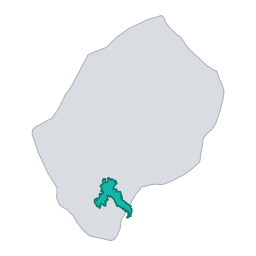 Telle, Quthing, Lesotho shown in context
{"feature_id": "5366337B55047013089331", "entity_name": "Telle", "entity_type": "district", "adm_level": 2, "iso_a3": "LSO", "parent_name": "Lesotho", "parent_adm1": "Quthing", "projection": "equal_earth", "projection_center": [28.078, -30.25], "detail": "fine", "context": "in_parent", "style": "filled", "palette": "teal", "viewbox_px": 256, "rotation_deg": 0, "n_neighbors": 0, "source": "geoboundaries", "source_scale": "gbopen_adm2", "svg_char_len": 6423}
<svg xmlns="http://www.w3.org/2000/svg" viewBox="0 0 256 256"><path d="M170.1,181.8L162.7,184.5L161.7,184.7L156.9,184.1L150.6,184.7L145.7,186.2L141.8,186.8L135.6,194.5L124.2,215.4L121.2,219.7L120.3,227.9L117.7,234.4L114.4,239.4L111.3,240.6L101.8,238.6L89.7,236.0L82.6,229.8L76.3,221.5L73.0,215.5L69.5,212.2L68.3,210.4L63.4,207.6L61.5,206.1L59.8,205.1L57.8,201.1L56.7,197.7L57.1,188.0L53.6,182.2L47.6,172.4L43.8,164.3L38.6,153.3L35.4,143.8L32.1,134.0L32.5,129.8L35.6,126.9L44.8,122.0L51.9,118.2L57.0,111.2L62.6,100.7L65.3,94.5L68.0,91.6L70.9,87.2L76.1,77.4L81.9,66.4L88.0,54.7L95.8,51.3L106.5,47.4L116.7,37.1L128.9,28.5L148.6,19.1L157.8,16.7L161.3,15.4L163.5,17.1L165.8,22.5L169.1,27.0L176.9,34.8L180.2,36.7L188.2,48.3L196.7,56.2L206.6,65.3L213.3,69.9L216.7,71.1L219.5,79.2L222.3,85.2L223.9,90.9L223.6,96.3L220.4,109.7L215.8,123.4L212.2,129.1L207.7,132.7L203.4,138.0L201.7,149.0L199.7,161.9L194.0,167.2L189.6,170.6L183.5,174.9L170.1,181.8Z" fill="#d9dde1" stroke="#a8b0b8" stroke-width="1"/><path d="M126.6,218.2L127.3,217.7L128.2,217.6L128.5,217.5L128.7,216.9L128.8,216.5L129.2,216.2L129.3,215.6L129.9,215.9L130.2,216.3L130.8,216.2L130.5,214.8L130.6,214.6L131.0,214.4L131.3,212.8L131.6,212.6L131.6,211.7L131.9,211.1L131.9,210.9L131.7,210.4L131.7,210.0L131.9,209.4L131.8,209.1L131.5,208.7L131.2,208.5L130.8,208.4L130.5,208.0L130.4,207.0L130.4,206.9L130.6,206.8L130.8,206.6L130.5,206.5L130.5,206.4L130.7,206.0L129.9,205.9L129.6,205.3L128.8,205.0L128.4,204.3L127.8,204.4L127.4,204.1L127.3,203.7L126.5,202.9L126.1,203.1L125.7,203.0L125.4,202.7L125.6,202.3L125.5,202.2L125.1,202.0L124.8,201.6L124.3,201.2L123.9,201.0L123.8,200.8L123.5,200.8L122.7,200.4L122.3,199.3L122.2,198.0L122.0,197.8L121.8,197.8L121.7,197.7L121.6,197.8L121.7,197.3L121.5,197.5L121.1,197.1L121.4,196.9L121.3,196.4L121.2,196.2L121.3,196.1L121.5,196.2L121.4,195.6L121.2,194.8L121.1,194.1L120.8,193.7L120.7,192.5L120.6,192.1L120.4,192.0L120.4,191.8L120.1,191.6L119.7,191.8L119.3,191.9L118.9,191.6L118.3,191.6L117.9,191.5L117.5,191.6L117.2,191.3L116.3,191.5L116.7,190.5L116.7,189.8L116.6,189.5L116.1,189.1L115.9,189.2L115.6,189.5L115.3,189.1L115.0,189.2L114.7,189.1L114.3,189.3L113.8,189.2L113.6,189.3L113.4,189.2L113.3,189.3L113.3,188.8L113.2,188.3L113.5,188.3L113.4,188.1L113.6,187.1L113.9,187.0L114.0,186.9L114.2,186.5L114.5,186.3L114.8,185.4L114.9,185.1L115.1,184.7L115.4,184.6L115.5,184.4L115.8,184.2L116.3,183.8L116.5,183.8L116.7,183.7L116.9,183.2L116.2,183.1L116.2,182.8L115.8,182.6L116.1,182.4L116.0,181.6L116.1,181.4L115.9,181.4L115.7,181.7L115.5,181.2L115.3,181.3L115.3,180.9L115.1,181.3L114.7,181.5L114.7,181.2L114.9,180.5L114.0,180.1L113.5,180.1L113.2,179.9L112.5,179.3L111.8,178.9L111.6,178.9L111.2,179.1L111.1,179.3L111.1,179.8L110.9,180.1L110.7,180.0L110.4,179.8L110.0,179.2L109.1,178.0L108.8,177.7L108.6,177.7L108.1,178.2L107.6,178.5L107.6,178.8L108.2,179.6L108.2,179.8L108.0,181.2L107.8,181.5L107.4,181.9L107.3,182.2L107.0,182.6L106.6,182.6L106.0,182.4L105.3,181.8L105.3,181.4L105.6,180.8L105.7,180.2L105.5,179.5L105.3,178.9L104.9,179.0L104.8,178.9L103.8,178.8L103.5,178.9L103.2,179.4L102.9,179.7L102.7,180.0L102.5,180.6L102.5,181.0L102.6,181.7L102.7,181.8L103.2,182.5L103.8,183.0L103.9,183.3L103.1,183.9L101.9,184.2L101.7,184.4L101.5,185.1L100.6,185.3L100.4,186.1L100.6,186.6L101.5,187.6L101.8,188.3L101.9,188.8L101.8,189.7L101.6,190.0L100.9,190.3L100.8,190.5L101.0,191.2L101.3,191.6L101.6,191.7L102.7,191.5L103.4,191.8L103.5,192.0L103.3,192.3L102.6,193.2L102.0,193.7L101.5,194.5L101.3,194.7L101.0,194.5L100.7,193.7L100.0,193.5L99.7,193.7L99.4,194.3L99.4,194.8L99.6,195.4L99.5,197.0L99.4,197.4L98.6,198.1L97.0,198.1L96.9,198.3L96.9,198.6L97.1,199.3L97.1,199.9L97.0,200.4L96.7,200.7L96.3,200.7L96.2,200.5L95.8,200.1L95.5,199.3L95.4,199.1L95.0,199.1L94.7,199.3L94.7,200.1L94.7,200.3L94.4,200.7L94.5,200.9L94.5,201.7L94.5,201.9L94.6,202.3L94.6,202.6L94.9,202.8L95.0,203.4L95.3,203.4L95.7,203.6L96.0,203.9L96.2,204.7L96.4,205.1L96.3,205.6L96.7,205.9L97.1,206.5L97.3,206.5L97.6,206.2L97.7,206.6L97.9,206.6L98.8,206.9L99.3,206.7L99.6,207.0L99.4,207.3L99.5,208.1L99.9,208.0L100.2,207.2L100.6,206.6L100.5,206.3L100.4,204.5L100.5,204.2L101.1,203.7L102.0,204.0L102.3,204.3L102.6,204.4L103.1,204.8L103.5,205.3L103.9,205.6L104.4,205.4L104.9,205.7L105.2,206.1L105.4,206.1L105.6,205.6L105.7,204.2L106.0,202.6L105.5,202.6L105.1,202.2L104.9,202.0L105.0,201.4L105.2,201.1L105.4,200.9L105.9,200.4L105.9,200.2L106.4,199.9L106.5,199.8L106.7,200.2L107.0,200.3L107.0,200.5L107.7,200.1L108.0,199.7L107.7,199.4L107.7,199.1L107.5,198.8L107.5,198.1L107.3,197.5L107.3,197.1L107.2,196.6L107.0,196.4L107.0,196.1L107.0,195.8L107.4,195.9L107.9,195.3L108.1,195.2L108.5,195.6L108.8,195.9L108.8,196.1L109.1,196.5L109.2,196.8L109.4,197.0L109.5,196.9L109.3,196.6L109.4,196.4L109.4,196.1L109.6,196.3L109.9,196.2L110.1,196.6L110.5,196.7L110.8,196.1L111.0,196.1L111.3,196.5L111.5,196.6L111.8,197.3L112.0,197.5L112.3,197.5L112.7,198.1L112.9,198.2L113.0,198.4L113.4,198.6L113.5,198.8L113.7,199.4L114.1,199.6L114.3,199.8L114.6,200.1L114.9,201.2L114.9,201.5L114.8,201.8L115.5,202.4L115.8,202.9L115.7,203.1L116.0,203.5L115.9,203.8L116.2,204.5L116.5,204.9L116.8,205.0L117.0,205.5L116.8,205.6L116.9,206.0L117.2,206.0L117.3,205.8L117.2,205.6L117.5,205.5L117.7,205.9L117.9,205.9L118.4,206.3L119.1,206.3L119.3,206.3L119.5,206.6L119.9,206.5L120.2,206.9L120.4,206.9L120.4,207.1L120.7,207.4L121.0,207.4L121.2,207.5L121.2,207.4L121.3,207.4L121.4,207.7L121.7,207.8L121.8,208.2L122.1,208.4L122.1,208.2L122.4,208.1L122.5,208.2L122.6,208.3L122.4,208.5L122.5,208.7L123.0,208.4L123.2,208.9L123.7,209.0L123.8,208.9L123.9,209.0L123.7,209.4L124.0,209.4L124.1,209.2L124.2,209.6L124.1,209.9L124.3,209.6L124.5,209.6L124.4,209.8L124.5,210.1L125.0,210.1L124.7,210.2L124.7,210.4L124.9,210.3L125.1,210.4L125.4,210.3L125.4,210.1L125.7,210.3L126.0,210.3L126.2,210.6L125.9,210.6L125.8,211.0L126.2,210.8L126.2,211.1L126.3,211.3L127.0,211.1L126.9,211.3L126.9,211.6L127.4,211.4L127.5,212.0L127.8,212.1L127.9,211.4L128.3,211.7L128.4,211.4L128.5,212.0L128.3,212.1L128.5,212.3L128.5,212.6L128.6,212.9L128.9,212.6L129.3,212.8L129.0,212.8L128.9,213.0L128.5,213.0L128.5,212.8L128.3,212.8L128.4,213.2L128.5,213.4L128.3,213.6L128.5,213.7L128.6,213.9L128.8,214.0L128.6,214.1L128.3,213.9L128.0,214.1L128.2,214.4L128.2,214.8L128.5,215.1L128.6,215.4L128.3,215.5L128.0,215.9L127.7,216.4L127.7,216.5L127.3,216.8L127.2,217.0L126.9,217.2L126.8,217.5L126.8,218.0L126.6,218.2Z" fill="#14b8a6" stroke="#0f766e" stroke-width="1.5"/></svg>